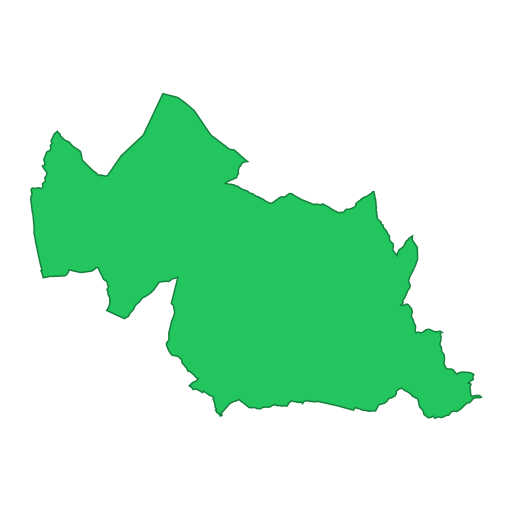 outline of Juan N. Méndez, Puebla, Mexico
{"feature_id": "50627088B59509159162106", "entity_name": "Juan N. Méndez", "entity_type": "district", "adm_level": 2, "iso_a3": "MEX", "parent_name": "Mexico", "parent_adm1": "Puebla", "projection": "mercator", "projection_center": [-97.745, 18.541], "detail": "fine", "context": "isolated", "style": "filled", "palette": "green", "viewbox_px": 512, "rotation_deg": 0, "n_neighbors": 0, "source": "geoboundaries", "source_scale": "gbopen_adm2", "svg_char_len": 6050}
<svg xmlns="http://www.w3.org/2000/svg" viewBox="0 0 512 512"><path d="M481.3,397.2L480.6,396.3L479.1,395.5L475.6,395.5L472.6,396.1L471.5,396.0L471.1,395.3L470.7,394.3L470.3,389.2L469.7,387.1L471.0,384.9L470.6,383.6L468.3,383.1L470.8,380.8L473.3,379.5L472.8,376.9L473.1,375.7L473.8,374.9L473.4,374.1L470.0,372.6L462.0,372.0L459.1,372.7L457.5,373.6L457.4,374.0L456.8,374.3L453.2,370.0L452.0,369.3L450.6,369.0L447.6,369.0L446.5,368.4L445.3,366.7L443.9,363.3L444.5,358.9L444.3,356.1L443.8,354.2L442.0,351.8L441.6,350.9L441.5,347.7L439.7,344.1L440.6,341.4L441.2,337.2L440.5,335.0L440.4,333.6L441.0,332.7L442.1,332.5L440.2,331.2L439.3,331.2L437.6,331.9L436.7,331.6L434.9,331.8L429.5,329.4L428.1,329.3L425.8,329.9L423.1,332.1L420.6,332.9L419.0,332.2L417.6,332.3L416.3,332.8L415.5,331.6L415.2,330.4L415.6,326.4L415.3,325.1L414.0,323.2L413.1,319.6L411.5,316.9L411.4,315.2L412.3,312.3L412.3,311.3L411.5,308.7L408.3,304.8L407.5,304.3L405.3,304.3L403.6,305.4L400.8,305.1L402.4,303.8L403.2,302.5L402.6,300.8L405.0,297.3L405.4,295.6L406.3,294.3L407.7,290.7L409.5,288.2L410.2,286.1L410.1,284.9L408.5,281.3L409.6,277.2L412.8,271.1L415.6,264.9L417.6,259.0L417.3,247.4L412.2,239.7L412.5,235.9L408.8,238.5L407.9,239.9L406.2,241.1L404.4,244.8L404.0,246.3L399.0,249.9L397.8,252.5L397.0,255.7L393.0,250.2L392.8,248.4L393.3,246.3L393.3,244.1L390.4,241.3L389.8,240.3L389.4,239.0L389.5,236.0L387.5,233.5L386.6,231.2L385.4,229.6L383.5,227.6L383.0,225.1L381.8,224.4L380.7,223.2L381.1,222.6L381.0,222.0L378.2,219.6L377.5,218.6L376.7,213.9L376.5,211.1L376.0,209.5L376.5,207.7L375.9,206.1L376.1,204.9L375.6,199.5L374.8,196.9L374.7,194.9L374.2,193.8L374.0,191.8L373.0,191.6L371.3,193.4L366.1,196.7L364.0,197.3L361.2,199.2L360.1,200.4L358.6,201.2L356.1,203.4L355.2,206.8L350.0,209.1L346.0,209.4L343.4,212.4L340.8,212.3L338.3,212.8L336.8,211.7L333.1,210.0L327.1,206.1L326.0,205.8L323.8,204.4L322.2,203.9L321.6,205.0L315.5,204.0L314.3,204.7L301.8,199.7L294.4,195.6L291.9,193.9L290.9,193.6L289.2,193.6L284.9,197.0L281.3,196.9L279.9,197.4L271.9,203.3L270.2,203.2L266.6,201.8L262.6,199.0L259.4,197.6L258.2,196.7L256.4,196.4L252.5,193.7L249.4,192.9L248.4,191.7L246.9,190.9L242.1,189.3L237.4,186.1L235.5,186.0L234.4,185.0L233.5,184.7L232.0,184.6L230.9,184.2L228.6,184.2L227.2,183.6L225.8,183.6L224.5,183.2L225.4,183.2L227.5,181.6L236.6,177.6L236.8,176.3L238.5,173.6L238.2,172.4L238.6,169.0L239.3,167.1L240.6,165.8L241.5,163.9L243.4,162.2L247.6,161.5L245.4,159.9L234.3,150.0L229.6,149.3L210.8,135.0L194.2,110.6L185.7,103.3L177.8,97.5L162.9,93.7L143.3,135.1L121.1,155.9L107.5,175.7L105.1,176.1L101.5,175.1L100.5,175.0L99.3,175.4L98.0,174.9L95.6,172.5L93.4,171.1L83.2,161.1L82.2,159.8L81.2,153.7L80.1,151.1L72.9,146.3L68.8,141.8L64.9,140.2L60.4,136.0L60.2,134.4L57.3,131.3L54.6,133.7L53.7,135.1L52.9,137.2L51.2,140.3L51.2,141.3L51.9,142.7L51.8,143.7L50.2,145.7L50.9,147.1L50.6,149.0L49.7,150.7L47.8,151.2L46.5,152.4L43.7,159.9L44.7,162.2L44.7,164.9L44.0,165.4L42.5,165.9L42.5,166.3L43.4,167.9L46.5,171.9L46.8,174.2L46.4,175.6L44.7,177.9L45.3,180.1L45.3,181.3L44.7,182.0L42.6,183.5L42.4,184.0L43.0,187.0L42.8,187.8L41.5,188.4L38.7,187.8L34.9,188.5L32.5,188.0L31.5,188.7L31.1,190.1L32.1,194.2L31.2,196.1L30.7,198.8L32.4,212.5L33.0,214.7L34.1,226.9L34.1,234.6L34.6,235.5L35.8,242.8L39.9,262.1L41.3,267.8L42.2,270.1L40.9,270.6L42.0,272.9L43.2,277.7L48.6,276.7L48.5,276.4L53.2,276.4L64.9,275.8L66.4,274.8L67.7,273.3L68.6,271.5L68.6,269.8L80.1,272.4L82.3,272.4L91.8,271.0L93.8,269.8L96.2,267.7L97.9,267.5L101.3,274.6L102.1,275.6L103.3,279.0L105.2,280.5L106.7,281.2L107.9,285.6L108.5,286.3L108.1,287.9L107.2,289.1L107.0,290.1L107.7,290.9L108.2,294.8L109.7,297.5L109.9,302.6L109.4,305.1L108.6,307.3L106.7,310.5L124.4,318.6L125.4,318.3L126.1,317.4L128.2,316.5L128.7,316.0L129.4,314.0L133.6,309.3L134.7,306.6L135.9,304.9L140.0,301.1L142.5,297.8L145.0,296.7L148.4,294.6L151.5,292.2L153.6,290.0L158.8,282.7L160.3,281.9L165.6,281.3L168.9,281.5L172.5,278.7L175.1,278.3L177.9,277.3L171.3,303.6L173.4,305.3L174.6,312.0L174.5,313.3L173.7,316.2L171.8,320.6L168.8,333.1L169.0,339.8L166.7,342.8L166.4,343.8L166.6,345.4L168.9,350.9L171.6,354.9L174.1,355.7L174.9,355.6L177.6,356.3L178.4,356.6L180.3,358.6L181.0,358.9L181.6,360.0L182.2,363.0L186.9,368.5L187.7,370.8L188.1,371.2L189.9,371.5L193.8,374.8L195.6,377.0L197.4,378.3L198.4,378.6L196.4,380.8L192.4,382.7L189.2,385.8L190.3,386.7L191.1,386.7L193.2,389.7L194.6,388.8L196.5,389.3L199.2,390.5L202.6,392.7L203.7,391.1L209.4,395.2L211.6,396.0L213.5,397.2L213.8,398.2L213.0,399.3L213.8,400.4L214.6,403.1L215.0,404.6L215.2,407.5L216.6,409.1L215.5,410.2L216.2,410.8L216.7,412.4L217.9,412.5L218.2,413.8L220.1,413.9L219.8,415.4L220.2,416.0L222.0,415.5L221.3,413.3L230.0,403.4L233.3,401.7L236.9,400.6L239.3,399.5L239.8,399.9L240.2,400.7L243.7,403.1L249.0,407.5L252.1,407.8L253.6,407.5L254.9,407.6L255.8,407.9L256.3,408.4L259.9,408.9L260.8,408.7L262.4,407.6L263.8,407.1L269.4,407.1L270.6,406.7L272.5,405.2L274.2,405.1L275.7,404.5L276.6,405.6L277.3,405.7L279.5,405.5L281.9,406.1L284.7,405.7L286.1,406.1L287.0,406.1L288.8,403.2L290.9,401.1L295.3,401.7L295.8,401.6L297.7,402.4L300.8,402.2L302.0,402.9L302.6,403.6L304.1,401.3L307.5,400.7L309.9,401.5L310.7,401.3L314.3,401.8L316.4,401.7L317.0,401.2L337.2,405.7L353.5,410.2L355.2,407.5L357.8,408.6L359.3,408.6L361.3,409.7L363.3,410.3L366.6,410.4L367.4,411.0L370.1,411.3L370.7,410.7L374.3,411.0L375.6,410.9L378.1,405.9L379.2,404.7L384.5,403.2L387.0,401.2L388.4,398.8L391.7,397.7L394.6,396.2L395.5,395.3L396.2,393.6L396.4,391.3L397.4,390.1L399.6,388.8L401.2,388.4L402.4,388.5L404.5,390.5L406.1,391.0L408.5,392.4L411.3,394.5L412.3,396.2L414.3,397.0L415.7,398.0L416.1,397.7L417.4,398.6L418.3,400.8L419.1,405.1L420.0,407.5L422.8,410.1L424.0,414.5L428.3,417.8L431.4,417.2L432.7,416.3L433.4,416.3L434.4,417.8L435.3,418.3L436.1,417.7L439.0,416.7L440.4,417.5L442.0,417.4L443.6,416.9L445.9,415.6L449.0,415.0L450.8,412.3L453.6,411.0L456.7,411.5L457.8,411.0L461.0,408.8L466.5,403.4L470.3,402.2L470.8,401.3L472.4,399.8L472.9,398.6L476.1,397.6L479.9,397.7L480.5,397.2L481.3,397.2Z" fill="#22c55e" stroke="#15803d" stroke-width="1.5"/></svg>